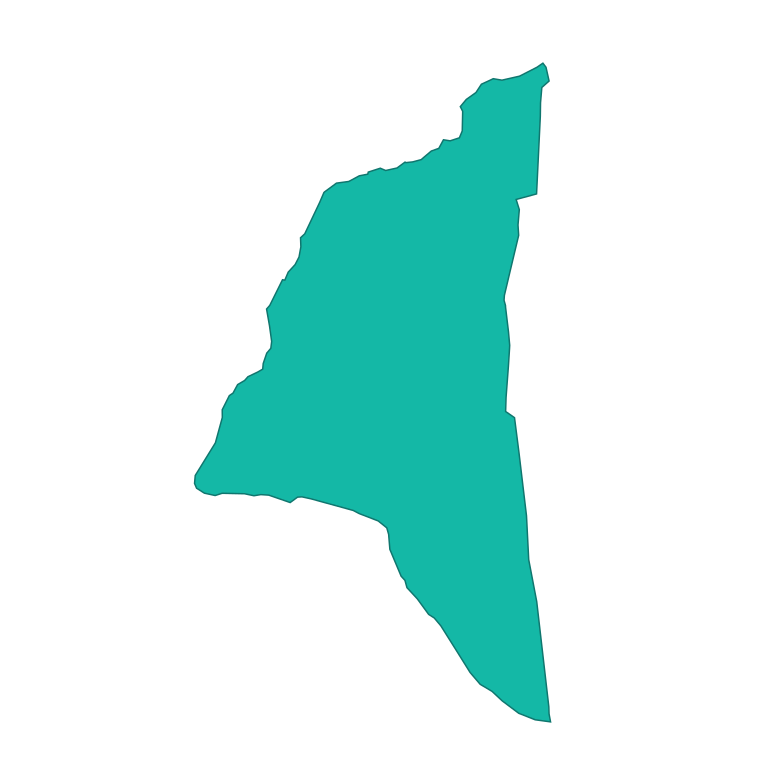 the district of Yigo, Guam, rotated 183°
{"feature_id": "77769853B33377803133936", "entity_name": "Yigo", "entity_type": "district", "adm_level": 2, "iso_a3": "GUM", "parent_name": "Guam", "parent_adm1": "", "projection": "albers", "projection_center": [144.906, 13.57], "detail": "fine", "context": "isolated", "style": "filled", "palette": "teal", "viewbox_px": 768, "rotation_deg": 183, "n_neighbors": 0, "source": "geoboundaries", "source_scale": "gbopen_adm2", "svg_char_len": 1747}
<svg xmlns="http://www.w3.org/2000/svg" viewBox="0 0 768 768"><g transform="rotate(183 384 384)"><path d="M241.9,659.5L242.4,673.0L241.9,688.4L235.0,695.2L238.8,708.8L242.1,712.7L245.0,710.5L247.7,708.4L264.8,698.5L282.1,693.6L290.9,694.6L294.2,692.8L302.4,688.5L307.4,679.9L316.7,672.5L322.3,665.0L319.7,660.4L319.1,640.8L321.6,633.8L330.7,630.3L337.4,631.0L341.6,622.2L349.0,619.1L355.7,612.8L358.6,610.0L367.0,607.3L373.8,606.2L374.1,606.4L374.6,606.7L375.4,606.0L375.7,605.8L382.3,600.4L393.5,597.3L399.0,599.3L410.8,594.8L411.2,592.7L419.6,590.6L421.7,589.3L429.8,584.4L437.3,583.0L442.0,582.1L453.2,572.9L454.0,572.1L457.7,562.1L471.0,529.8L475.0,525.7L474.2,516.6L475.5,506.4L479.0,498.6L485.5,490.7L488.5,482.5L490.8,482.8L496.0,470.8L502.2,456.5L505.2,452.7L501.4,436.2L498.4,420.6L498.9,413.7L502.7,408.7L505.7,398.1L505.9,392.5L510.8,389.3L520.2,384.2L523.4,380.2L530.1,375.8L531.4,373.1L534.3,367.0L537.8,364.4L544.2,349.8L543.7,342.1L549.3,316.4L567.7,282.8L568.0,274.8L565.7,270.1L557.7,265.6L546.8,263.8L539.9,266.4L517.5,267.1L508.0,265.6L501.2,267.1L493.3,267.0L471.5,260.7L464.4,266.5L460.0,267.0L450.9,265.5L408.1,256.1L402.0,253.3L382.5,246.9L381.2,245.9L373.7,240.5L371.5,234.1L369.5,219.2L356.8,192.9L352.8,189.0L350.4,181.8L339.5,171.2L335.6,166.4L327.3,156.2L321.6,153.0L314.6,145.5L297.6,121.4L282.9,100.4L272.2,89.1L260.0,82.7L249.3,73.7L232.2,62.2L215.5,56.6L200.0,55.3L201.9,63.2L202.5,70.2L220.1,174.7L230.3,216.2L234.8,259.8L245.7,323.0L251.9,357.2L261.1,362.9L261.4,377.0L260.7,407.9L260.5,425.4L260.5,429.2L262.4,442.5L266.6,466.9L266.8,468.8L268.5,473.9L268.4,478.9L264.0,503.1L257.3,539.5L258.5,549.8L258.0,565.2L261.7,575.2L241.6,581.8L241.9,659.5Z" fill="#14b8a6" stroke="#0f766e" stroke-width="1.5"/></g></svg>